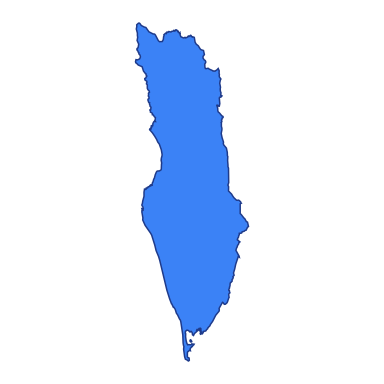 outline of Pinrang, Sulawesi Selatan, Indonesia
{"feature_id": "22746128B71783882222616", "entity_name": "Pinrang", "entity_type": "district", "adm_level": 2, "iso_a3": "IDN", "parent_name": "Indonesia", "parent_adm1": "Sulawesi Selatan", "projection": "equal_earth", "projection_center": [119.581, -3.649], "detail": "fine", "context": "isolated", "style": "filled", "palette": "blue", "viewbox_px": 384, "rotation_deg": 0, "n_neighbors": 0, "source": "geoboundaries", "source_scale": "gbopen_adm2", "svg_char_len": 5968}
<svg xmlns="http://www.w3.org/2000/svg" viewBox="0 0 384 384"><path d="M218.2,68.5L217.1,69.7L214.9,71.2L213.9,70.9L213.2,71.1L212.0,70.3L209.2,69.1L208.5,68.4L207.8,68.3L206.0,68.7L205.4,68.5L204.9,67.2L204.8,64.7L204.8,64.0L205.7,62.6L205.7,61.5L205.2,60.5L204.2,59.9L203.0,58.0L203.1,56.3L204.4,54.6L203.5,50.5L201.0,49.7L200.1,48.8L198.3,45.8L196.2,44.1L195.1,42.2L194.3,37.4L192.7,36.8L192.3,37.1L191.9,36.6L191.3,36.5L191.2,35.7L190.8,35.3L190.5,35.3L189.0,36.5L188.6,36.0L188.1,36.2L187.5,37.1L186.7,37.5L185.6,37.9L185.0,37.3L184.0,37.9L183.4,37.9L180.8,36.7L180.1,34.7L180.2,33.6L179.6,33.5L179.8,32.7L179.3,33.0L179.1,32.5L178.4,32.1L178.3,31.4L177.8,31.6L177.1,30.3L176.4,29.9L175.9,30.3L175.4,30.0L174.8,31.1L173.8,30.4L173.1,31.2L171.8,31.3L170.9,32.0L168.8,31.5L168.2,32.2L167.0,32.0L166.4,33.5L165.7,33.1L163.9,34.7L164.1,35.3L163.6,36.7L163.3,39.5L162.3,41.5L159.5,41.7L158.3,40.6L155.4,35.0L154.6,34.1L153.0,33.9L148.9,31.8L145.9,27.5L144.2,27.0L141.3,25.5L139.9,23.5L139.0,23.0L138.2,23.4L136.7,24.8L136.8,26.5L136.3,29.0L137.4,33.0L137.4,35.7L137.7,37.2L137.1,40.5L138.7,44.1L138.1,47.6L137.4,48.2L137.4,48.8L137.0,48.8L136.9,49.6L137.3,50.5L137.9,51.0L138.3,52.3L138.8,52.6L138.9,53.9L140.0,55.1L140.4,56.5L140.3,57.4L139.6,58.9L137.4,59.9L136.0,59.6L135.5,61.7L135.8,62.8L136.7,63.4L138.2,65.0L142.1,66.7L143.5,71.1L145.6,73.8L146.0,73.9L146.2,75.3L146.8,75.9L146.7,76.5L146.1,77.0L145.9,77.9L144.8,78.5L144.8,79.1L145.0,80.0L146.8,81.3L146.9,82.6L146.5,83.1L146.5,84.0L147.1,84.4L147.3,84.8L147.3,88.3L147.9,89.7L149.3,91.2L149.4,92.5L148.6,92.9L148.4,93.7L148.6,94.8L148.3,95.8L148.4,96.3L149.0,97.0L148.9,98.6L148.2,99.0L147.9,99.9L148.6,102.2L149.1,102.7L149.6,102.8L149.4,103.9L149.9,105.1L150.1,106.4L151.0,107.2L150.7,109.7L149.9,109.9L149.9,110.2L150.4,110.9L150.4,112.1L151.7,112.8L152.4,113.5L152.3,114.7L153.3,115.0L154.5,116.9L155.4,117.5L155.2,119.6L154.8,120.5L155.4,121.5L154.2,121.4L153.7,121.9L152.9,123.5L152.7,125.8L152.3,126.0L151.7,125.6L151.1,126.1L151.7,127.1L151.4,127.7L150.8,127.9L151.1,128.9L150.8,129.2L149.9,128.9L149.6,129.7L152.3,132.7L154.7,136.2L156.6,139.4L157.8,142.1L159.3,144.1L161.3,149.8L162.1,154.3L162.0,155.8L161.3,158.4L161.3,160.0L161.1,160.1L161.7,163.2L161.5,164.0L161.3,169.2L161.0,169.9L159.5,170.9L157.6,171.0L156.9,171.3L156.3,172.2L155.3,174.6L154.3,178.3L153.7,179.2L153.1,181.6L152.4,182.9L152.1,184.6L151.5,184.7L151.8,185.2L150.7,185.1L150.6,185.9L149.9,185.6L149.3,186.6L148.3,186.7L147.9,187.1L147.9,187.6L147.2,188.0L146.9,187.8L146.4,188.7L146.0,188.4L145.6,189.4L144.5,189.1L144.0,192.1L144.0,196.3L142.7,201.2L142.4,203.4L141.9,204.7L142.0,205.7L142.6,206.3L143.3,208.4L143.0,210.4L142.6,210.5L142.5,208.7L141.9,208.6L142.2,209.5L141.9,210.7L141.9,212.2L142.9,217.9L142.7,219.9L145.1,225.3L150.6,233.2L151.7,235.2L154.8,245.2L156.1,250.6L158.6,256.6L159.8,260.6L166.9,290.2L169.6,298.8L171.5,303.8L171.8,303.9L173.3,307.2L173.7,307.1L175.2,309.3L176.4,313.2L177.6,314.9L179.5,319.0L180.3,320.0L180.8,321.7L182.8,335.0L183.1,342.9L183.4,345.0L183.9,346.6L183.6,349.1L184.6,356.6L185.4,359.2L187.1,360.0L188.3,361.0L188.7,360.9L189.3,360.3L189.2,358.5L188.9,357.8L187.8,357.5L187.4,356.7L187.4,352.9L187.6,351.9L189.5,350.4L190.4,350.7L190.1,349.2L190.4,348.2L191.2,347.5L191.6,346.7L192.2,346.6L192.2,346.3L193.0,345.6L193.2,345.0L193.7,344.9L194.1,344.2L191.7,343.9L191.4,344.5L190.6,344.8L188.6,344.6L187.7,344.8L187.5,344.4L186.9,343.5L186.1,340.4L185.6,336.7L185.7,333.7L185.3,333.2L185.5,331.3L187.0,330.1L188.6,330.6L189.7,331.9L190.2,332.0L190.8,331.4L191.3,331.4L192.2,332.7L192.5,334.8L193.5,335.5L194.4,333.6L196.9,331.4L197.0,330.8L196.6,330.6L196.8,330.0L197.5,330.8L197.9,330.6L198.1,330.1L197.8,329.5L198.2,329.1L198.1,328.7L198.4,329.7L198.6,329.8L198.6,328.3L198.9,329.1L199.2,328.5L199.7,328.8L200.2,328.2L200.8,328.5L200.9,329.7L200.0,329.0L199.4,330.1L200.1,330.3L200.0,330.9L200.5,331.2L201.2,331.1L200.2,331.4L200.2,331.8L201.6,332.0L201.3,332.5L200.6,332.5L200.8,333.3L200.2,333.7L200.9,334.8L200.8,334.2L201.0,333.9L201.6,333.6L202.4,333.8L203.9,331.2L205.0,331.2L205.9,330.8L206.6,329.6L207.7,328.7L207.9,327.8L209.9,325.8L210.4,324.5L212.6,321.4L215.7,315.3L219.1,311.1L219.3,310.0L219.1,308.4L222.5,302.3L223.0,302.5L224.3,304.3L225.4,304.2L226.9,302.9L227.5,301.8L228.8,297.8L229.1,297.5L228.7,294.6L229.1,293.4L229.8,293.0L229.9,292.5L229.5,291.7L229.4,290.6L228.9,290.4L228.7,289.8L229.6,287.8L229.4,287.3L230.0,285.9L230.1,283.7L230.5,282.5L230.9,282.5L232.1,281.2L232.1,279.4L232.8,278.8L233.2,277.5L232.9,276.7L234.1,275.3L233.5,273.0L234.7,269.0L235.7,264.3L238.3,256.4L239.3,257.1L239.1,256.2L235.9,250.3L236.6,247.9L237.3,246.8L237.3,246.1L237.7,245.3L238.7,243.8L238.8,242.8L239.9,241.9L237.3,239.8L237.6,239.3L237.6,238.5L238.6,236.9L238.6,235.9L239.3,234.7L239.3,233.3L241.1,233.2L241.9,232.7L242.1,231.8L244.1,231.3L245.0,230.5L246.1,230.2L247.5,227.3L248.5,226.5L247.5,222.1L246.4,221.6L244.7,218.6L243.8,217.9L241.2,214.5L240.2,213.6L240.2,203.8L241.3,203.2L240.9,202.8L240.6,201.8L239.1,200.4L238.2,200.1L237.5,200.3L236.5,200.2L233.9,197.7L232.7,196.0L231.6,194.1L228.5,191.0L228.6,186.7L227.9,185.1L228.7,182.7L228.5,168.2L227.9,166.3L228.0,165.3L227.6,160.5L227.8,156.5L227.4,155.7L227.3,152.4L226.4,148.1L223.8,145.0L223.3,143.7L223.5,142.1L222.1,137.7L221.2,133.5L221.9,129.9L221.9,128.2L221.4,126.3L221.4,122.6L221.2,122.3L221.6,122.1L221.9,121.2L221.4,120.1L222.1,119.0L222.0,118.2L222.9,117.7L223.2,117.0L222.7,116.2L221.9,115.9L219.5,113.0L218.2,111.9L217.8,110.7L217.7,108.1L216.8,105.3L217.1,105.1L218.1,105.5L218.7,106.2L219.3,106.2L219.8,103.6L219.3,98.1L219.6,97.3L220.9,97.1L222.0,95.9L221.6,95.6L221.0,95.9L220.7,95.1L221.0,92.8L220.4,91.2L220.2,89.0L220.5,87.2L219.7,83.3L220.3,80.2L220.9,79.0L219.4,77.0L219.2,76.0L219.4,74.2L219.1,73.6L219.1,72.4L219.2,70.8L218.2,68.5ZM191.8,341.4L190.8,339.9L190.5,339.8L190.0,340.3L190.1,341.4L190.6,341.9L191.6,341.9L191.8,341.4Z" fill="#3b82f6" stroke="#1e3a8a" stroke-width="1.5"/></svg>